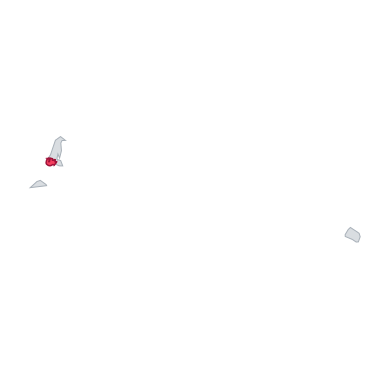 Tatakamotonga, Tongatapu, Tonga shown in context, rotated 81°
{"feature_id": "48082658B12474943410263", "entity_name": "Tatakamotonga", "entity_type": "district", "adm_level": 2, "iso_a3": "TON", "parent_name": "Tonga", "parent_adm1": "Tongatapu", "projection": "albers", "projection_center": [-175.133, -21.226], "detail": "fine", "context": "in_parent", "style": "filled", "palette": "rose", "viewbox_px": 384, "rotation_deg": 81, "n_neighbors": 0, "source": "geoboundaries", "source_scale": "gbopen_adm2", "svg_char_len": 1917}
<svg xmlns="http://www.w3.org/2000/svg" viewBox="0 0 384 384"><g transform="rotate(81 192 192)"><path d="M137.4,320.0L138.8,320.1L140.4,316.8L146.0,315.6L145.4,319.1L137.9,330.5L133.2,326.0L119.5,318.8L116.7,313.2L121.3,308.9L120.8,312.3L123.1,313.9L130.8,314.5L137.8,317.5L133.5,318.5L137.4,320.0ZM264.0,41.0L259.9,47.6L258.1,47.4L253.5,43.6L251.8,41.1L258.9,33.4L262.5,32.9L267.3,35.5L267.1,37.7L264.0,41.0ZM163.0,334.6L162.4,351.1L157.4,343.5L156.8,340.0L161.9,334.9L163.0,334.6Z" fill="#d9dde1" stroke="#a8b0b8" stroke-width="1"/><path d="M136.2,329.4L136.2,329.5L136.5,329.8L136.8,329.9L137.2,330.1L137.4,330.3L137.7,330.5L138.1,330.7L138.5,330.9L139.1,331.1L139.5,331.3L139.9,331.4L140.3,331.5L140.5,331.5L140.8,331.5L141.1,331.5L141.5,331.4L141.8,331.2L142.0,331.1L142.2,330.8L142.4,330.6L142.7,330.4L143.0,330.1L143.3,329.7L143.6,329.0L143.8,328.5L143.8,328.2L143.9,327.8L143.8,327.3L143.7,327.0L143.7,326.7L143.4,326.1L143.3,325.8L143.3,325.7L143.2,325.5L143.1,325.3L143.2,324.9L143.3,324.6L143.4,324.4L143.6,324.1L143.8,324.0L143.9,323.9L144.0,323.9L143.9,323.7L143.3,323.2L142.3,322.1L142.2,321.9L141.9,321.6L141.7,321.4L141.5,321.2L141.4,321.2L141.3,321.3L141.2,321.3L141.0,321.5L140.9,321.4L140.9,321.5L141.0,321.6L141.1,321.8L141.1,322.0L141.0,322.3L140.9,322.4L140.8,322.5L140.7,322.5L140.6,322.4L140.4,322.3L140.3,322.2L140.1,322.4L139.8,322.4L139.6,322.4L139.4,322.3L139.3,322.2L139.2,322.1L138.8,322.0L138.7,322.0L138.6,322.3L138.7,322.5L138.5,323.0L138.9,323.4L139.1,323.6L138.9,324.2L138.8,324.4L138.8,324.6L138.5,324.5L138.4,324.8L137.3,324.6L137.1,325.1L136.6,326.2L136.3,326.8L136.2,327.1L136.4,327.2L136.7,327.5L136.5,327.9L136.1,328.5L136.3,328.6L136.5,328.7L136.7,328.8L136.2,329.5L136.2,329.4ZM137.1,327.3L137.2,326.9L137.9,327.3L138.4,327.6L138.9,327.9L139.2,328.0L139.4,327.9L139.7,328.0L139.6,328.7L138.6,328.2L137.1,327.3Z" fill="#f43f5e" stroke="#9f1239" stroke-width="1.5"/></g></svg>